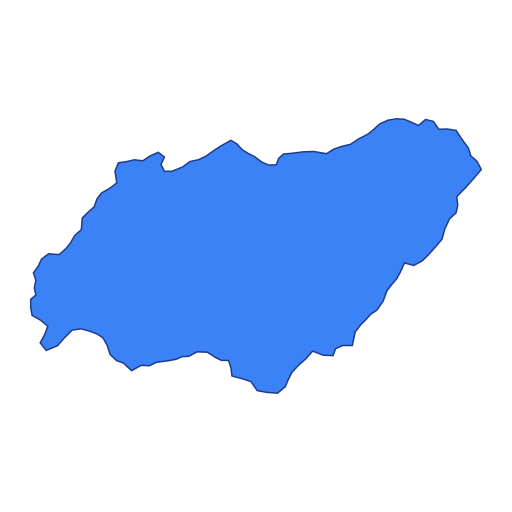 Caranaíba, Minas Gerais, Brazil
{"feature_id": "56859067B65666825780271", "entity_name": "Caranaíba", "entity_type": "district", "adm_level": 2, "iso_a3": "BRA", "parent_name": "Brazil", "parent_adm1": "Minas Gerais", "projection": "albers", "projection_center": [-43.724, -20.893], "detail": "fine", "context": "isolated", "style": "filled", "palette": "blue", "viewbox_px": 512, "rotation_deg": 0, "n_neighbors": 0, "source": "geoboundaries", "source_scale": "gbopen_adm2", "svg_char_len": 1854}
<svg xmlns="http://www.w3.org/2000/svg" viewBox="0 0 512 512"><path d="M481.3,169.5L476.8,161.0L470.9,156.0L468.4,148.1L462.0,139.4L456.1,130.4L447.2,129.0L438.9,129.3L433.3,121.4L425.5,119.5L418.5,125.5L411.8,122.4L404.1,119.2L396.3,118.8L387.9,120.2L379.6,124.0L373.8,129.3L367.9,134.1L359.0,138.7L350.7,144.2L341.1,146.6L333.7,149.2L326.5,153.7L313.9,151.5L303.6,151.8L291.7,153.3L283.6,154.0L278.7,158.3L276.2,164.9L268.4,165.0L261.4,161.9L254.7,156.7L248.0,153.3L242.1,149.6L236.9,143.9L230.9,140.3L220.6,146.1L213.0,151.1L205.9,156.2L198.5,159.7L189.8,161.6L182.7,166.9L171.9,171.3L164.5,171.3L161.0,164.6L164.4,157.1L158.2,152.3L150.1,155.9L142.8,160.8L134.5,159.8L126.2,161.7L118.4,162.8L115.0,171.3L116.8,182.8L110.3,187.9L101.6,192.9L97.0,198.9L94.2,206.8L87.6,212.7L82.3,217.9L81.3,229.7L74.6,235.7L70.4,243.1L66.1,248.4L59.2,254.6L48.6,253.8L41.6,259.0L38.4,265.9L33.4,272.9L35.9,280.4L34.3,288.0L35.9,295.0L30.7,299.3L30.7,307.5L32.1,315.4L40.6,320.2L47.8,326.2L44.7,334.6L40.2,342.8L46.2,350.4L57.4,345.8L64.4,337.9L72.2,330.1L81.0,328.8L89.7,331.2L97.5,334.2L103.0,337.9L107.2,345.4L110.1,354.4L116.4,360.5L123.5,363.1L131.6,370.7L141.0,365.4L149.4,365.7L156.5,362.3L167.3,360.9L176.1,359.3L182.1,356.6L188.8,356.3L197.1,351.8L207.4,352.2L215.5,357.5L221.5,360.4L228.5,360.4L230.9,367.6L232.0,376.0L241.0,378.4L250.9,381.5L257.2,390.6L267.0,392.4L277.6,393.2L285.4,386.5L288.4,379.3L291.9,372.4L298.4,365.4L305.3,359.3L312.7,351.1L323.1,355.2L333.0,355.6L335.6,348.7L342.6,345.5L352.3,345.5L355.2,331.9L360.8,324.7L366.1,319.4L370.6,314.3L376.9,310.1L383.2,301.1L386.8,291.0L392.0,284.1L396.6,278.9L400.5,271.8L404.4,263.0L413.9,265.4L422.2,260.9L428.3,254.9L435.4,247.0L442.0,239.2L444.8,228.9L449.6,218.7L456.1,212.8L457.7,205.2L456.8,196.6L465.3,187.9L473.3,178.9L481.3,169.5Z" fill="#3b82f6" stroke="#1e3a8a" stroke-width="1.5"/></svg>